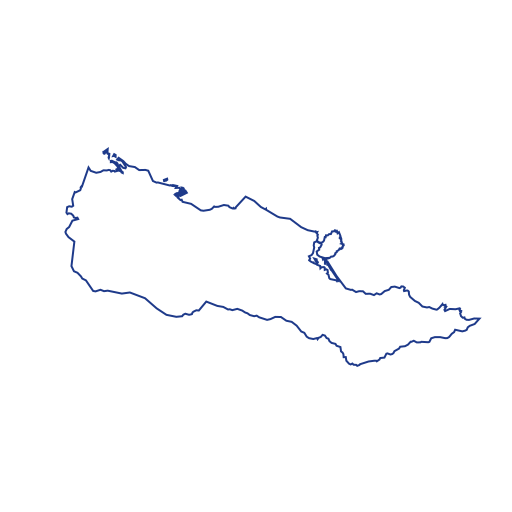 the district of Nelson City, Nelson City, New Zealand, rotated 62°
{"feature_id": "76426892B89864020181471", "entity_name": "Nelson City", "entity_type": "district", "adm_level": 2, "iso_a3": "NZL", "parent_name": "New Zealand", "parent_adm1": "Nelson City", "projection": "robinson", "projection_center": [173.399, -41.222], "detail": "fine", "context": "isolated", "style": "outline", "palette": "blue", "viewbox_px": 512, "rotation_deg": 62, "n_neighbors": 0, "source": "geoboundaries", "source_scale": "gbopen_adm2", "svg_char_len": 6140}
<svg xmlns="http://www.w3.org/2000/svg" viewBox="0 0 512 512"><g transform="rotate(62 256 256)"><path d="M178.3,423.7L184.0,423.9L187.0,421.5L191.9,420.1L194.3,420.0L197.7,417.6L210.4,416.2L211.9,414.3L212.8,409.2L215.7,406.7L217.0,403.2L226.2,392.1L229.0,384.5L241.2,373.8L255.6,368.3L265.9,362.7L272.3,354.9L274.5,349.5L273.7,347.7L273.8,345.5L276.5,342.7L277.1,340.6L277.2,339.8L276.1,338.6L275.8,337.4L275.9,334.2L277.3,332.1L272.9,321.3L281.9,313.6L285.6,308.8L290.1,305.8L290.7,304.2L292.7,302.3L293.9,297.3L297.7,293.8L300.8,292.1L302.6,290.4L305.2,289.2L308.3,285.9L309.0,283.4L311.6,282.0L317.6,276.2L318.5,272.9L318.8,267.6L321.6,262.6L327.4,259.6L330.9,255.4L336.6,252.8L343.9,251.5L346.5,249.4L351.0,249.1L353.4,247.8L356.2,244.4L357.1,240.7L358.4,240.7L357.6,239.1L357.9,236.9L356.9,234.2L358.6,232.5L361.6,232.2L363.0,230.9L365.7,231.1L368.2,230.1L370.9,227.1L373.1,227.0L376.0,224.2L380.2,225.7L381.9,224.9L383.7,224.9L386.5,226.1L387.4,224.2L390.9,225.4L394.8,224.4L396.2,223.3L396.2,221.4L397.8,220.9L399.2,218.6L400.5,218.2L400.8,215.8L400.4,215.0L402.0,206.1L403.9,201.0L404.9,199.0L405.7,198.8L405.4,195.6L404.4,194.2L406.0,190.3L403.5,186.8L403.7,185.7L406.1,183.5L406.5,181.8L406.3,180.3L405.0,178.4L404.9,173.2L403.8,171.3L405.6,166.8L405.6,163.4L404.3,159.7L404.7,159.2L404.9,156.5L407.8,154.6L409.4,151.4L409.4,150.3L413.0,144.4L413.2,143.2L410.9,139.9L411.6,136.2L414.0,131.6L417.4,127.5L418.3,125.6L418.2,123.5L416.6,119.7L416.2,116.8L414.6,114.8L419.4,109.2L420.1,106.3L420.1,104.6L418.4,102.5L418.0,100.0L418.7,94.9L416.2,88.1L413.6,92.7L412.4,98.0L411.1,100.1L409.4,101.1L408.1,100.8L407.6,102.4L405.4,103.2L402.5,102.7L401.7,101.2L400.9,101.6L400.6,100.9L399.9,101.7L399.1,101.7L398.4,100.6L397.8,100.7L396.7,104.8L393.7,109.8L393.4,114.9L392.0,114.9L390.2,112.0L389.7,112.8L389.2,111.9L388.1,111.6L387.7,113.2L386.5,113.8L386.6,114.4L386.1,114.2L387.7,118.2L388.3,121.1L388.1,121.9L385.2,125.0L382.4,127.0L381.7,129.2L378.7,132.8L373.7,134.3L370.3,136.8L364.4,139.1L362.0,139.0L359.1,137.8L358.1,138.1L357.4,138.7L356.5,141.7L355.6,141.5L353.9,139.5L352.0,140.4L351.1,141.9L351.8,143.2L351.7,144.4L348.2,147.8L346.9,151.1L348.2,154.6L347.4,158.8L348.4,163.3L348.0,164.9L345.6,167.0L345.9,170.2L342.9,172.9L340.9,176.9L337.4,178.1L335.5,181.4L334.8,184.6L330.9,186.9L330.5,188.1L326.8,191.9L311.4,194.3L294.3,195.5L294.1,196.6L296.2,196.3L297.1,197.2L298.1,196.4L303.5,196.3L304.5,195.9L316.2,194.7L316.6,194.9L315.9,195.3L316.3,196.3L315.2,196.5L311.2,201.3L309.9,201.7L306.6,200.8L304.8,201.6L304.4,200.3L302.0,199.4L300.7,200.2L300.5,201.8L298.5,200.8L297.7,201.2L296.7,203.4L297.1,204.9L294.9,204.0L292.4,206.2L291.7,206.0L290.6,204.3L288.5,204.6L287.4,204.0L285.7,205.7L290.5,205.5L291.2,206.8L289.4,208.4L288.7,208.2L288.5,208.9L286.7,210.2L284.0,211.4L284.6,210.7L283.7,209.4L281.1,209.4L281.3,206.5L280.2,204.3L275.8,200.6L273.8,200.1L271.3,198.2L271.5,195.6L274.5,193.8L275.5,192.4L276.8,192.7L278.5,195.2L278.4,196.6L280.1,197.2L280.5,200.3L283.6,201.3L286.3,200.1L289.6,196.8L290.4,197.7L290.0,198.4L290.7,198.5L290.2,196.3L291.0,194.5L291.6,196.8L296.0,199.2L291.6,195.4L292.3,191.9L291.8,190.0L292.5,188.5L292.4,186.9L291.6,185.1L290.8,184.8L290.5,182.9L289.7,182.5L289.7,180.3L288.6,178.6L288.9,177.9L289.7,177.8L289.8,176.9L289.4,175.7L288.7,175.8L287.7,173.5L287.0,173.3L286.8,174.2L285.9,174.1L285.2,174.8L285.1,173.9L283.3,174.1L283.1,173.5L281.8,173.5L281.2,172.7L280.0,172.5L280.4,173.4L279.7,173.6L279.6,173.0L278.8,173.1L278.5,172.3L277.7,172.0L273.9,171.6L274.2,173.3L272.4,172.9L272.6,173.4L272.2,174.0L270.9,173.6L270.3,174.4L270.9,175.4L270.0,177.3L271.8,179.6L271.0,181.2L271.5,183.0L270.6,184.5L272.1,185.7L271.6,186.4L274.3,188.7L274.9,190.0L275.0,192.2L273.2,194.2L271.0,195.1L268.9,192.8L266.9,192.3L266.3,191.4L264.3,191.7L263.6,190.7L263.2,191.9L262.2,191.8L262.0,192.8L257.5,198.2L251.7,202.6L239.2,208.4L233.2,216.8L231.2,218.6L219.9,225.4L219.0,225.0L219.2,225.9L215.0,228.7L206.6,231.7L198.7,237.3L203.5,251.0L204.3,251.7L203.9,252.9L203.0,253.2L203.3,254.0L202.9,254.5L200.4,256.5L198.6,256.8L195.9,260.4L194.8,266.3L193.3,269.3L192.6,269.7L193.6,272.9L193.5,275.1L191.4,281.1L189.8,283.3L179.5,288.8L173.7,295.4L171.4,295.2L171.2,296.4L167.7,297.7L167.6,297.0L165.7,297.4L165.5,298.3L164.4,298.7L165.5,296.2L167.5,294.6L167.7,287.4L164.3,287.7L166.2,288.3L166.1,289.8L165.9,295.2L165.0,295.9L164.0,298.2L163.4,298.2L163.3,296.8L163.4,296.2L164.5,295.9L164.7,288.8L162.4,288.1L161.5,288.5L160.6,289.6L163.5,290.6L163.1,292.7L162.7,291.6L162.9,292.9L162.5,292.8L162.3,291.5L159.7,291.8L158.3,294.8L157.1,292.8L154.9,295.4L155.4,295.5L154.7,296.4L155.4,296.2L154.8,297.1L154.2,297.0L153.3,299.0L145.0,308.1L144.5,309.4L141.4,311.8L130.1,311.1L128.1,313.2L125.3,318.8L120.6,321.2L117.0,325.9L113.4,327.7L109.9,328.6L104.8,331.2L105.7,333.3L106.9,332.4L108.3,330.3L109.7,329.6L116.5,329.0L117.3,330.1L115.8,331.9L111.7,333.1L111.8,334.3L113.5,334.9L118.2,334.9L119.5,334.3L120.2,334.7L119.1,335.5L111.9,335.7L109.6,334.9L107.9,335.2L107.0,336.5L104.2,338.6L103.9,339.5L105.0,340.1L105.6,338.6L107.7,337.3L111.6,336.3L116.9,336.4L115.5,337.9L114.0,337.9L114.0,338.6L115.7,338.6L115.2,341.0L114.5,341.1L113.5,342.4L113.5,344.2L111.9,344.4L110.9,345.5L110.4,347.6L108.7,350.5L108.8,353.8L107.5,358.0L103.2,362.0L99.2,362.3L112.9,377.0L112.5,377.3L113.1,378.6L114.0,378.8L115.4,380.3L115.2,385.4L114.4,386.0L119.5,391.6L125.8,393.8L126.0,395.5L124.4,397.6L124.2,399.8L128.7,403.0L130.5,402.8L130.4,401.3L131.9,399.3L134.6,398.4L136.4,398.7L137.8,397.4L138.3,395.7L139.9,395.7L138.6,401.5L142.7,407.4L143.3,410.5L145.3,413.0L147.1,413.3L151.3,412.7L158.0,409.6L178.3,423.7ZM95.4,338.9L91.9,336.7L92.5,341.5L93.3,342.3L94.2,342.2L94.5,342.0L94.5,341.8L93.3,341.7L94.1,341.0L92.5,339.6L92.3,337.5L92.5,338.6L93.9,339.8L94.3,339.3L93.5,338.4L94.7,338.9L96.1,339.0L97.1,337.9L99.1,338.9L96.9,337.5L95.4,338.9ZM146.6,301.4L147.3,299.9L147.0,298.5L146.0,298.2L145.6,301.6L147.5,302.2L146.6,301.4ZM100.7,335.2L101.0,334.3L102.5,333.4L100.9,332.5L99.5,333.4L100.7,335.2ZM100.5,340.0L99.8,339.4L99.4,339.5L100.0,340.0L100.5,340.0Z" fill="none" stroke="#1e3a8a" stroke-width="2"/></g></svg>